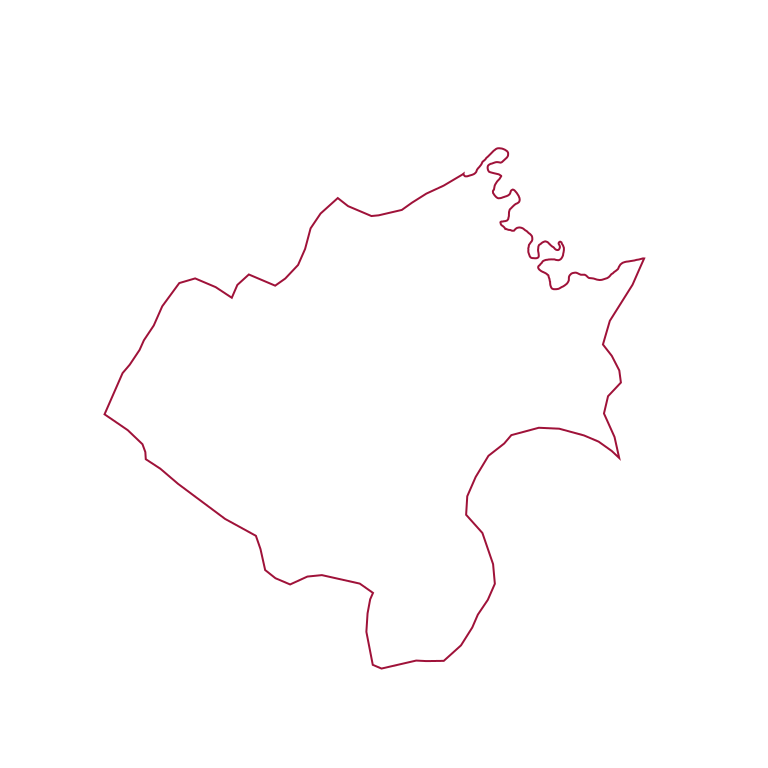 the district of Samsu, Ryanggang, North Korea, rotated 23°
{"feature_id": "82179303B33326321250637", "entity_name": "Samsu", "entity_type": "district", "adm_level": 2, "iso_a3": "PRK", "parent_name": "North Korea", "parent_adm1": "Ryanggang", "projection": "mercator", "projection_center": [128.058, 41.242], "detail": "fine", "context": "isolated", "style": "outline", "palette": "rose", "viewbox_px": 768, "rotation_deg": 23, "n_neighbors": 0, "source": "geoboundaries", "source_scale": "gbopen_adm2", "svg_char_len": 6165}
<svg xmlns="http://www.w3.org/2000/svg" viewBox="0 0 768 768"><g transform="rotate(23 384 384)"><path d="M574.4,166.8L573.8,167.0L573.0,167.4L572.3,168.0L570.0,169.8L567.9,171.1L566.3,172.4L563.1,174.4L561.1,175.7L559.3,176.7L557.7,177.9L557.2,178.4L556.6,178.9L556.1,179.5L554.9,181.7L554.7,183.2L554.5,184.0L554.5,184.9L554.5,185.7L554.5,186.4L554.4,187.0L554.1,187.5L553.4,188.9L553.0,189.6L552.1,191.0L551.4,192.7L550.5,193.9L550.2,194.6L549.9,195.7L549.5,196.9L549.2,197.6L548.2,199.2L545.0,202.0L543.8,203.0L542.3,203.8L541.6,204.1L540.0,204.5L539.3,204.7L535.8,205.0L533.9,205.5L531.7,206.2L531.1,206.3L530.1,206.1L527.8,205.2L526.0,205.0L523.4,206.1L522.5,206.5L520.2,206.5L519.1,206.4L518.4,206.4L517.3,206.5L516.3,206.9L514.7,207.9L514.3,208.2L513.8,208.7L513.3,209.3L512.5,211.3L512.4,212.1L512.4,212.8L512.5,213.5L513.6,216.3L513.6,218.0L513.3,219.6L513.1,220.3L511.9,222.5L511.6,223.0L511.0,223.8L510.6,224.4L509.7,225.3L508.1,227.5L507.2,228.4L506.6,228.7L506.0,229.2L505.4,229.4L504.9,229.7L503.4,230.3L502.8,230.5L501.5,230.5L501.1,230.4L500.2,229.8L499.2,228.8L498.3,227.7L497.3,225.8L496.9,224.9L496.5,224.6L495.0,222.3L494.6,222.0L494.2,221.6L493.4,220.6L492.9,219.8L492.5,219.6L491.6,219.5L490.8,219.1L489.5,218.9L488.4,218.8L487.6,218.8L487.0,218.7L486.4,218.8L484.4,218.6L482.5,218.1L482.0,217.9L480.9,217.2L480.2,216.2L480.2,215.1L480.4,214.5L480.8,214.0L481.3,212.2L481.5,211.7L481.9,210.8L482.1,209.3L482.4,208.7L483.3,207.6L483.8,207.2L484.3,206.7L484.9,206.3L485.7,205.9L487.0,205.0L489.3,203.9L492.3,202.7L493.8,202.6L495.6,202.1L496.2,201.9L496.7,201.5L497.2,201.0L497.6,200.5L498.0,199.8L498.3,198.7L498.5,197.2L498.5,196.4L498.5,195.6L498.0,193.8L497.8,192.4L497.5,191.4L497.3,190.5L496.4,188.4L495.0,186.9L494.5,186.4L492.7,185.2L492.4,184.7L492.0,184.3L490.8,184.1L490.3,184.3L489.8,185.1L489.7,185.7L489.7,186.2L490.1,186.8L491.5,187.9L492.1,188.6L492.4,189.2L492.6,189.9L492.6,191.3L492.3,192.2L491.9,192.6L491.4,192.9L490.8,193.0L490.2,193.2L488.4,192.8L487.2,192.1L486.6,191.9L486.1,191.8L485.4,191.8L482.8,191.0L482.1,190.6L481.3,190.4L480.1,189.8L479.1,189.5L478.0,189.5L477.4,189.6L476.7,189.7L475.9,190.3L475.0,191.3L474.6,191.7L474.3,192.2L473.7,193.3L473.5,193.9L473.2,194.3L472.8,194.8L472.5,195.3L472.4,195.7L472.4,196.2L472.4,197.0L472.6,197.8L472.9,198.6L473.4,200.4L473.9,201.3L474.3,202.0L474.7,202.5L475.2,203.3L475.7,204.2L476.5,205.7L476.6,206.5L476.5,207.2L476.1,207.8L475.4,208.5L474.7,208.9L473.5,209.4L472.5,209.7L471.8,210.0L471.0,210.2L470.3,210.3L469.6,210.2L468.8,209.8L468.1,209.3L467.6,208.7L467.1,208.2L465.4,206.3L464.8,205.1L464.5,204.1L464.2,203.5L463.9,203.0L463.7,202.3L463.7,201.7L463.5,200.9L463.3,200.2L463.1,199.2L463.3,198.5L463.8,196.0L464.1,195.3L464.2,194.6L464.2,193.9L464.1,193.2L463.9,192.5L463.5,191.9L463.2,191.2L462.7,190.5L462.1,189.9L460.7,189.2L459.3,188.7L458.4,188.6L455.6,187.5L453.9,187.3L451.6,186.6L450.8,186.5L450.0,186.5L448.9,186.6L447.5,187.0L446.9,187.3L445.5,188.3L444.8,189.3L444.3,190.4L444.1,190.9L444.0,191.4L443.8,192.0L443.5,192.2L442.9,192.5L441.9,192.9L440.0,192.9L439.5,193.1L438.2,193.5L437.4,193.5L436.7,193.6L435.5,193.5L435.1,193.9L433.8,193.0L433.2,192.7L431.3,192.1L430.5,192.0L429.9,191.8L429.0,191.1L428.0,189.7L428.0,189.3L428.5,188.7L429.1,188.3L429.8,188.1L430.8,187.3L431.7,186.9L432.8,186.0L433.4,185.4L433.6,184.9L433.9,183.6L433.7,182.7L433.5,181.9L433.5,181.3L433.1,179.9L432.8,179.3L432.6,178.7L431.9,176.9L431.6,174.6L431.7,173.9L432.2,172.8L433.2,170.2L434.1,168.2L434.9,166.8L435.8,165.9L436.4,165.1L436.9,164.3L437.2,163.5L437.2,162.6L437.0,161.6L436.7,161.0L436.0,159.8L435.4,159.3L434.5,158.3L433.2,157.4L432.6,157.0L431.6,156.3L428.8,154.9L428.1,154.7L427.2,154.6L426.4,154.8L426.1,155.2L425.6,155.9L425.4,156.5L425.4,157.3L425.5,158.1L425.6,159.1L425.5,160.0L425.3,160.7L424.9,161.2L424.6,161.9L423.4,163.2L422.2,164.2L421.7,164.7L420.3,165.9L419.7,166.5L419.1,167.0L418.4,167.5L417.2,168.1L416.8,168.3L416.3,168.4L415.6,168.4L414.0,168.0L412.7,167.4L411.4,166.7L410.9,166.3L409.8,165.6L409.3,164.7L409.0,164.2L408.9,163.6L408.9,163.0L409.2,162.5L409.2,161.7L409.0,161.0L408.6,159.1L408.4,158.2L408.4,157.4L408.5,156.3L409.0,153.3L410.2,150.1L410.7,146.9L410.5,146.6L409.9,146.5L408.3,146.2L407.4,146.2L402.3,147.1L399.4,147.5L398.1,147.6L397.6,147.5L396.5,146.7L396.0,146.2L395.1,144.9L394.7,144.0L394.5,143.1L394.5,142.3L394.7,141.7L395.1,141.0L395.7,140.2L396.2,139.6L397.0,139.1L398.9,137.3L399.7,136.6L400.5,136.0L402.1,135.3L403.3,135.0L404.8,134.7L405.4,134.2L405.9,133.6L408.7,127.4L408.8,126.7L408.9,126.0L408.9,125.3L408.7,124.6L408.2,123.3L407.8,122.6L406.6,121.7L404.8,121.3L403.7,121.1L401.9,121.1L400.5,121.2L397.8,122.0L396.6,122.6L396.1,123.0L395.7,123.4L395.0,124.3L394.7,125.0L393.8,126.5L392.9,128.8L392.6,129.6L390.6,134.5L390.1,135.4L389.7,136.5L389.6,137.5L388.6,139.6L387.9,140.9L387.8,142.8L387.8,143.7L387.6,144.6L386.9,147.1L386.3,148.7L386.1,149.5L385.9,150.5L385.9,151.2L386.0,152.1L386.0,152.9L385.5,154.3L385.1,155.1L384.5,155.9L383.4,157.0L381.2,158.8L380.3,159.6L379.3,160.4L377.9,161.0L377.3,161.1L376.7,160.9L376.1,160.5L375.5,160.3L375.1,159.8L375.0,159.4L374.3,160.6L361.4,178.1L348.6,192.2L338.9,206.2L332.4,216.8L313.2,230.8L306.8,234.3L281.4,234.3L268.8,230.9L259.0,251.9L255.6,269.4L258.6,290.5L258.4,308.0L251.9,325.5L245.4,336.0L216.8,336.0L210.3,350.1L210.2,364.1L191.2,360.6L168.9,360.6L156.1,371.1L149.5,399.1L149.2,420.1L145.9,437.6L145.7,448.1L142.4,465.6L139.1,476.1L138.6,521.1L166.1,526.6L185.2,533.8L190.9,539.9L194.1,546.3L211.3,549.4L233.5,556.4L290.5,570.3L325.4,573.8L334.8,584.2L347.3,601.7L360.0,605.2L375.9,605.2L388.7,591.2L401.5,584.2L439.7,577.2L455.5,580.6L455.4,587.6L458.5,601.6L464.6,619.0L483.4,646.9L492.9,646.9L521.7,626.0L531.3,622.5L547.2,615.5L557.0,594.5L560.4,573.6L560.5,559.6L563.9,542.1L564.1,524.6L554.8,507.2L532.8,482.7L510.7,472.3L504.5,454.8L504.7,433.8L508.2,409.3L517.9,391.8L521.2,381.3L543.6,363.8L562.7,356.7L588.2,353.2L604.1,353.2L619.9,356.7L629.4,360.2L616.9,342.7L598.0,325.2L595.0,307.7L601.5,290.1L595.3,279.6L582.7,269.1L570.1,262.1L567.2,237.6L574.0,195.5L574.2,178.0L574.4,166.8Z" fill="none" stroke="#9f1239" stroke-width="2"/></g></svg>